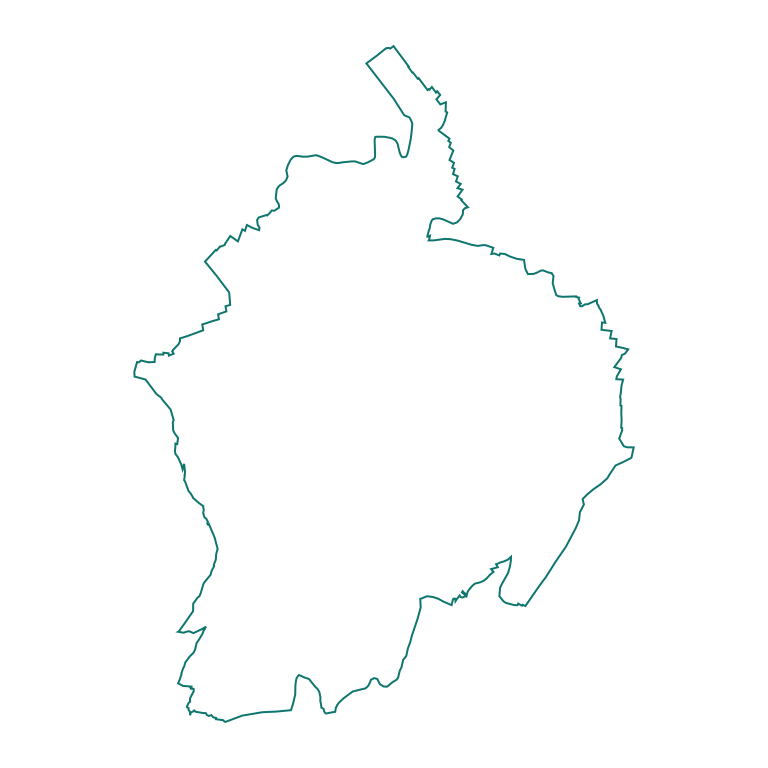 the district of Jaltocán, Hidalgo, Mexico
{"feature_id": "50627088B46282994353665", "entity_name": "Jaltocán", "entity_type": "district", "adm_level": 2, "iso_a3": "MEX", "parent_name": "Mexico", "parent_adm1": "Hidalgo", "projection": "mercator", "projection_center": [-98.528, 21.154], "detail": "fine", "context": "isolated", "style": "outline", "palette": "teal", "viewbox_px": 768, "rotation_deg": 0, "n_neighbors": 0, "source": "geoboundaries", "source_scale": "gbopen_adm2", "svg_char_len": 6105}
<svg xmlns="http://www.w3.org/2000/svg" viewBox="0 0 768 768"><path d="M385.9,48.3L378.9,54.1L366.4,63.4L393.8,98.9L404.2,115.2L409.5,117.5L410.9,119.9L412.3,123.6L411.6,132.1L410.8,138.6L408.8,148.6L407.5,153.8L406.1,156.7L403.7,157.2L401.9,156.9L400.6,154.9L399.7,152.5L397.5,143.6L395.8,140.6L392.5,138.5L389.2,137.7L384.6,136.8L377.2,136.7L375.4,136.9L374.6,139.7L375.1,154.9L374.9,157.4L373.8,159.2L367.8,162.4L363.2,164.1L355.1,161.4L351.8,161.4L342.6,162.3L338.8,163.0L336.0,163.0L332.5,162.2L322.9,157.7L318.5,155.9L315.9,155.2L307.1,156.7L302.4,156.7L299.6,156.2L296.5,155.9L293.4,156.7L290.8,159.5L288.0,164.9L286.3,170.3L287.6,176.6L285.9,180.6L283.2,183.2L279.9,185.3L278.3,186.8L276.7,189.6L275.7,198.4L277.0,201.4L278.4,203.5L279.1,205.7L278.9,207.7L274.2,210.8L271.9,210.4L269.1,213.7L267.3,215.3L267.0,214.9L258.8,217.4L257.1,219.9L257.7,224.9L259.5,227.6L259.1,230.2L252.7,228.0L246.9,225.0L245.0,230.9L242.4,229.3L237.9,241.4L230.3,236.0L225.0,243.8L224.8,244.9L220.0,246.8L219.9,246.7L216.6,250.5L215.8,249.9L205.0,261.6L216.9,276.2L228.9,292.1L229.3,293.9L230.2,304.9L225.5,306.3L226.4,311.4L218.1,314.3L218.9,319.3L210.8,321.6L206.9,323.0L202.3,324.4L203.2,330.3L186.7,336.3L180.0,338.4L180.0,341.0L178.7,344.0L173.0,350.0L172.8,351.1L172.3,351.4L173.6,353.7L168.9,355.6L168.6,353.3L163.4,352.7L163.3,354.6L155.8,354.3L154.8,358.3L154.6,362.0L148.4,362.3L141.1,360.5L138.8,362.4L137.1,362.0L134.3,371.8L134.6,376.6L145.5,379.5L156.5,394.1L161.4,397.8L161.7,398.9L170.6,409.5L173.7,420.2L173.1,421.3L172.8,422.7L173.2,430.3L174.5,433.1L177.9,437.8L177.9,439.3L177.2,444.1L175.4,443.6L175.4,446.7L174.9,451.2L175.5,454.0L177.9,457.2L181.3,464.6L182.6,469.4L184.1,463.9L185.0,471.7L184.8,475.1L184.5,475.3L184.7,476.9L184.2,479.1L184.2,480.4L184.9,481.1L188.7,491.3L190.4,493.1L192.9,497.2L192.9,497.7L199.0,503.1L203.3,506.1L203.2,507.2L203.8,509.9L203.2,512.9L204.3,517.0L205.2,518.0L206.1,518.5L207.9,521.7L207.3,523.3L207.6,524.3L208.1,524.7L208.9,524.0L214.6,537.5L217.6,548.8L216.2,554.1L215.8,559.7L213.7,565.1L214.2,565.9L211.4,571.4L210.7,574.6L203.7,583.2L200.7,593.1L199.5,596.2L197.7,597.5L193.2,603.6L193.1,611.2L183.2,625.4L178.7,631.5L178.2,631.8L183.7,632.7L186.2,631.8L189.0,631.2L193.5,633.1L201.1,629.5L206.1,626.7L204.0,629.6L204.3,629.7L203.6,630.7L202.6,633.5L199.0,639.6L196.6,643.1L195.1,649.5L193.7,652.5L189.9,656.3L185.3,662.4L184.2,666.4L183.0,668.6L181.3,673.8L181.5,674.4L180.3,677.7L180.0,679.0L178.1,683.3L183.0,685.9L191.6,686.6L191.5,687.2L190.4,687.7L191.0,688.8L193.6,688.8L193.8,691.0L190.0,698.4L190.1,701.8L188.8,702.7L187.1,706.0L186.9,707.1L188.6,708.1L188.5,709.7L190.0,712.0L190.1,715.3L190.8,712.5L192.7,711.7L194.2,710.4L195.4,711.7L202.8,713.0L205.8,713.1L207.0,715.1L208.9,715.9L211.3,715.1L213.4,717.4L216.1,717.9L215.9,719.2L223.0,720.1L224.4,721.5L225.4,721.9L242.3,715.6L262.5,712.2L275.9,711.6L291.0,710.2L293.0,703.8L295.2,694.7L295.4,685.6L295.9,681.2L296.5,678.4L297.8,676.2L299.0,675.0L304.2,677.4L309.0,679.0L315.4,687.0L317.6,688.9L319.4,692.3L320.4,697.2L320.3,701.0L321.0,704.1L321.4,707.6L323.5,708.9L324.2,711.4L324.9,712.7L325.8,713.5L335.2,711.8L335.8,708.0L337.2,705.0L339.1,702.5L343.3,698.5L352.7,691.5L365.6,688.3L368.1,686.0L370.0,682.5L370.9,679.8L374.3,678.1L377.3,679.0L379.9,684.2L383.7,686.5L387.0,686.7L392.9,681.9L396.6,679.7L398.0,678.0L399.7,670.9L401.7,666.7L403.1,659.9L406.3,655.9L407.9,648.4L410.3,642.0L411.9,635.6L417.8,618.1L420.7,607.3L420.2,599.0L427.1,596.2L433.4,597.1L438.6,598.9L443.2,601.5L451.6,605.1L452.8,600.0L453.4,598.7L455.3,598.8L455.5,601.2L456.9,599.0L459.7,595.5L460.2,596.6L462.2,597.6L465.8,596.1L466.4,596.5L466.5,596.2L461.9,592.4L462.7,591.2L463.5,592.3L466.8,594.8L467.5,592.2L468.9,589.9L472.3,585.8L475.0,583.6L480.6,582.2L483.9,580.6L487.1,578.0L490.0,574.7L492.9,572.4L492.8,572.1L493.4,571.8L491.1,569.1L497.8,567.2L496.1,564.2L498.0,563.6L499.8,562.6L503.9,561.4L508.0,559.6L511.0,556.8L510.9,560.4L509.9,566.6L508.0,573.2L502.3,583.2L500.1,587.7L499.4,596.3L503.7,601.5L506.1,603.0L514.3,605.1L517.6,605.1L518.2,603.6L522.0,605.7L522.6,604.8L525.4,606.0L538.9,586.5L546.0,576.9L555.7,561.6L566.0,546.6L575.9,527.8L579.0,520.4L579.9,512.2L583.9,504.5L582.6,499.1L586.8,494.8L593.6,489.1L600.7,484.2L607.3,478.3L609.3,474.9L615.5,465.5L623.0,462.1L630.9,458.1L631.5,457.5L633.7,447.4L627.2,447.3L623.8,446.2L619.2,438.5L622.2,430.4L622.1,428.0L621.2,427.7L621.6,420.8L621.3,413.3L621.5,405.9L620.4,405.5L620.6,399.3L620.1,397.0L620.8,393.1L621.5,385.8L623.1,379.6L616.3,379.2L616.9,376.3L620.9,369.3L614.3,367.1L620.4,359.0L621.3,357.3L621.9,355.0L624.9,353.7L628.2,349.4L623.2,348.0L616.0,346.5L616.5,339.0L610.1,338.4L611.6,331.0L601.5,329.8L602.0,322.5L605.3,322.8L603.4,316.0L600.5,309.5L598.9,307.3L598.8,306.5L597.0,303.6L596.9,300.1L587.7,304.2L585.0,304.4L582.2,306.1L580.4,306.3L579.0,303.5L580.8,303.3L579.3,300.3L578.6,298.5L579.0,297.6L576.1,296.9L576.1,296.4L562.9,296.8L558.5,296.3L556.3,295.1L554.7,290.4L552.7,283.2L553.5,276.1L551.6,273.1L548.2,272.4L543.1,270.4L541.0,270.6L536.8,272.7L533.6,273.9L527.9,274.1L525.4,268.9L524.0,259.9L517.2,258.9L510.2,256.6L505.1,254.1L500.2,253.5L499.3,255.4L494.4,253.5L491.4,254.0L493.3,247.8L485.6,245.2L483.1,245.1L477.9,245.9L475.4,245.5L471.6,244.8L458.0,240.7L450.7,239.2L445.0,238.9L433.6,240.4L428.8,240.4L429.2,239.7L429.9,235.8L428.2,236.8L427.3,236.6L428.9,230.1L429.6,228.9L430.3,224.4L431.8,220.4L432.9,219.2L436.3,218.3L438.9,218.3L442.7,219.2L453.1,223.8L457.2,222.3L460.2,219.1L462.8,214.4L463.1,210.0L465.1,208.1L467.9,207.3L461.2,200.1L461.7,199.5L457.6,196.5L462.5,189.7L457.5,188.1L460.7,183.9L456.0,181.5L457.8,176.3L453.0,174.1L454.6,168.9L452.2,167.7L454.0,162.8L449.5,160.0L453.3,150.5L449.2,147.1L450.8,142.8L448.3,140.9L449.5,138.7L438.9,130.8L438.5,130.0L441.2,127.8L442.9,125.2L444.7,121.0L447.2,112.4L445.6,111.5L445.9,102.3L440.3,104.4L436.4,99.3L440.2,95.0L437.2,91.2L436.0,92.6L431.9,87.0L429.4,89.7L428.8,89.1L427.6,90.1L418.7,78.2L417.9,78.9L412.9,72.5L412.4,72.7L408.2,66.8L408.7,66.5L393.5,46.1L390.4,48.5L388.5,47.9L385.9,48.3Z" fill="none" stroke="#0f766e" stroke-width="2"/></svg>